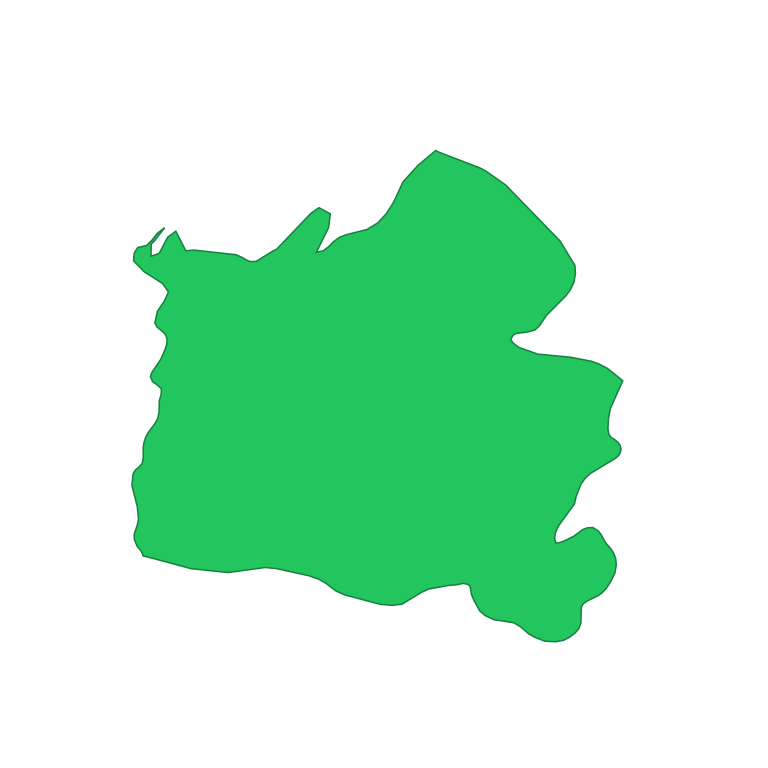 an SVG outline of El Oro, rotated 18°
{"feature_id": "ECU-1267", "entity_name": "El Oro", "entity_type": "Province", "adm_level": 1, "iso_a3": "ECU", "parent_name": "Ecuador", "parent_adm1": "", "projection": "orthographic", "projection_center": [-79.84, -3.463], "detail": "fine", "context": "isolated", "style": "filled", "palette": "green", "viewbox_px": 768, "rotation_deg": 18, "n_neighbors": 0, "source": "natural_earth", "source_scale": "10m", "svg_char_len": 2402}
<svg xmlns="http://www.w3.org/2000/svg" viewBox="0 0 768 768"><g transform="rotate(18 384 384)"><path d="M207.9,621.9L207.9,621.3L204.5,617.9L199.4,614.6L194.4,608.8L192.9,604.0L192.9,593.4L192.2,588.3L187.2,576.8L175.7,558.6L173.1,547.1L174.1,542.7L176.6,538.8L178.5,534.4L177.9,528.8L174.4,518.1L173.8,513.7L173.8,508.0L174.8,503.0L178.5,491.9L179.4,486.3L178.7,480.0L175.4,469.1L175.3,462.8L173.8,457.4L168.9,455.1L163.2,453.3L159.6,449.3L159.6,444.9L164.0,429.6L165.1,418.7L165.1,413.1L163.7,408.0L160.1,403.9L150.7,400.0L147.2,396.8L146.0,384.9L149.4,373.1L150.6,363.2L142.6,357.0L121.1,351.3L111.8,346.4L107.9,344.4L106.7,340.3L106.0,336.1L107.7,330.2L115.4,325.6L118.9,318.9L121.7,310.9L127.2,303.0L121.4,319.0L119.4,322.8L122.9,334.5L129.8,329.2L132.9,311.3L138.8,303.0L154.3,318.5L162.1,315.3L203.2,306.8L210.3,307.5L215.0,308.7L219.1,308.9L224.6,306.8L237.5,291.5L240.1,289.3L261.6,244.5L267.6,236.4L280.4,238.8L283.0,252.4L279.0,279.6L285.1,276.0L288.9,270.5L292.1,264.1L296.6,258.0L301.8,253.8L319.9,242.4L328.3,232.7L333.8,220.7L337.0,207.9L339.6,185.9L348.9,165.3L360.9,146.1L365.5,146.6L409.0,148.9L414.9,150.0L437.9,157.0L507.3,193.6L529.0,212.3L532.0,219.9L533.2,228.3L532.2,236.6L529.7,244.1L517.2,268.7L513.9,280.6L510.9,285.9L504.9,289.9L494.0,295.2L491.8,297.5L490.7,302.4L494.1,305.1L500.8,307.5L520.8,308.1L553.1,300.9L574.0,298.3L581.6,298.5L591.6,300.1L610.1,307.1L606.9,337.3L608.1,347.1L610.7,357.1L613.3,362.2L616.5,364.6L620.6,365.6L624.6,367.2L627.7,369.6L629.7,373.1L630.0,376.2L629.1,379.8L627.3,382.9L607.8,405.5L604.4,411.7L602.3,418.4L601.5,431.7L602.2,439.2L593.7,465.4L593.0,472.7L594.0,478.2L596.7,482.2L600.3,480.4L604.6,477.0L611.6,470.0L617.9,461.1L621.9,457.9L627.0,456.0L633.2,457.5L637.1,460.2L643.7,466.4L650.7,470.7L654.4,473.6L658.2,478.2L660.9,484.5L662.0,492.4L660.8,501.4L658.5,510.0L655.6,515.7L652.9,519.3L644.3,527.6L641.4,531.5L640.7,535.2L645.1,550.5L644.9,556.4L642.8,561.6L638.5,567.7L634.1,572.2L626.7,576.2L616.4,578.9L605.7,578.3L599.1,577.0L588.2,572.5L580.9,571.0L561.4,574.2L552.0,573.0L545.2,570.3L536.2,561.8L532.5,557.5L528.4,549.9L525.6,548.6L520.8,549.2L515.3,552.4L506.9,556.0L489.7,565.3L483.7,571.0L469.2,587.8L460.4,591.9L448.8,594.7L411.9,596.7L402.2,595.7L390.6,591.6L382.1,589.8L371.8,589.6L338.8,592.8L327.8,595.2L294.0,611.5L258.0,619.2L216.4,621.4L207.9,621.9Z" fill="#22c55e" stroke="#15803d" stroke-width="1.5"/></g></svg>